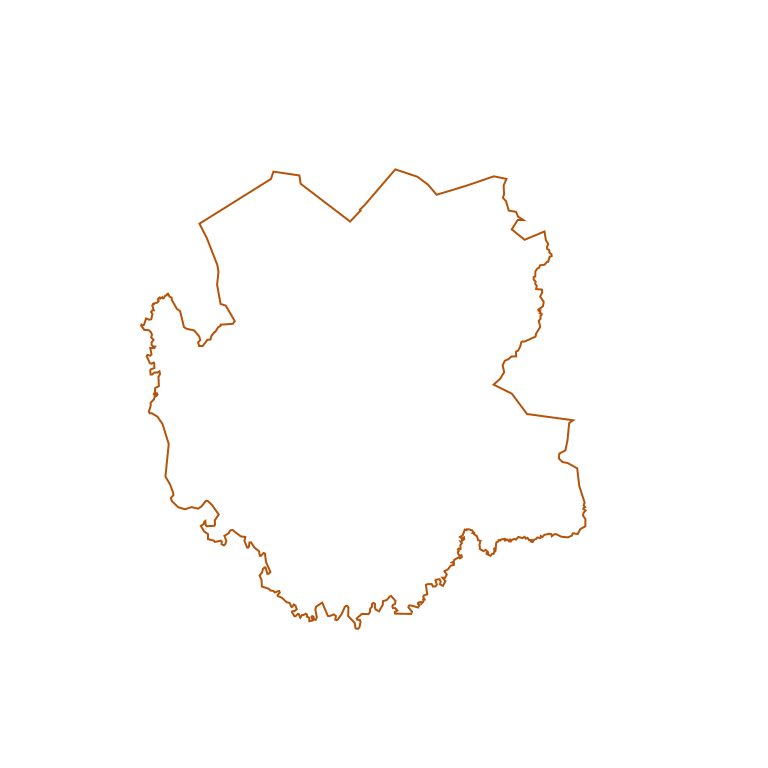 Ķepovas pag., Dagdas, Latvia (Mercator projection), rotated 43°
{"feature_id": "27541924B57766741495860", "entity_name": "Ķepovas pag.", "entity_type": "district", "adm_level": 2, "iso_a3": "LVA", "parent_name": "Latvia", "parent_adm1": "Dagdas", "projection": "mercator", "projection_center": [27.779, 56.018], "detail": "fine", "context": "isolated", "style": "outline", "palette": "amber", "viewbox_px": 768, "rotation_deg": 43, "n_neighbors": 0, "source": "geoboundaries", "source_scale": "gbopen_adm2", "svg_char_len": 6165}
<svg xmlns="http://www.w3.org/2000/svg" viewBox="0 0 768 768"><g transform="rotate(43 384 384)"><path d="M164.5,490.2L166.9,490.7L169.6,495.3L168.5,497.1L165.3,498.3L168.1,504.4L167.7,505.6L166.1,505.9L166.4,506.8L171.6,507.9L175.4,505.0L178.3,505.1L180.7,506.2L182.0,508.8L185.2,508.8L185.7,512.1L187.3,513.9L189.4,514.1L191.1,512.7L191.5,514.2L188.5,517.1L193.8,520.9L193.7,522.9L191.2,523.9L191.5,525.5L198.6,528.5L200.2,527.6L200.9,525.4L201.9,525.7L205.2,528.9L203.5,532.3L203.7,533.5L206.8,536.2L207.9,535.4L208.3,532.2L210.5,530.1L211.2,527.9L213.4,529.5L214.2,532.6L220.8,539.1L219.4,543.0L221.9,546.0L222.7,548.5L224.0,548.2L224.1,545.6L225.5,546.1L225.7,547.7L224.9,549.7L226.2,552.1L226.1,557.0L228.0,558.7L230.9,564.6L232.6,565.2L234.1,563.8L240.4,562.4L249.3,564.3L267.5,574.7L287.3,600.8L295.9,603.3L303.7,607.2L305.7,608.8L305.9,612.8L308.7,614.3L317.5,614.5L323.9,611.3L327.2,605.3L333.0,602.0L334.0,598.1L333.5,590.7L334.9,589.8L340.8,589.8L352.2,592.2L353.2,599.1L356.3,602.0L356.6,603.4L351.2,609.1L349.4,608.5L346.8,606.0L346.6,607.3L347.6,609.6L346.8,612.7L353.1,614.5L357.6,613.8L361.1,617.5L366.1,614.7L368.1,614.8L371.5,609.9L372.7,609.8L374.4,611.9L376.9,611.3L377.2,609.7L375.9,606.4L370.8,603.9L372.2,599.2L371.4,596.0L372.7,594.1L383.2,593.1L386.9,590.5L388.9,593.9L395.4,597.0L396.2,596.5L396.1,595.0L393.7,591.7L394.7,590.5L400.7,592.0L406.6,591.5L410.3,594.3L411.2,593.6L411.2,589.7L412.6,589.2L419.0,594.6L429.2,599.0L428.9,601.8L428.1,602.4L422.6,599.0L421.8,599.4L421.6,601.9L423.3,604.8L423.6,608.9L428.0,610.8L432.8,615.4L439.5,612.3L441.6,612.6L444.2,610.8L446.2,611.0L448.4,606.9L450.0,607.5L450.1,610.9L450.8,611.5L455.4,609.9L461.6,610.0L464.2,608.5L468.5,610.2L468.9,609.2L468.4,606.8L470.2,606.4L473.8,608.1L473.4,611.2L472.0,612.6L472.1,613.6L476.9,614.9L477.7,614.1L477.7,611.2L478.3,610.3L482.2,612.0L481.6,608.7L482.7,607.8L483.4,605.4L484.9,605.2L486.3,606.8L488.5,606.0L491.2,608.4L493.1,605.5L489.8,603.8L489.8,602.7L491.3,602.3L493.3,604.0L494.9,603.0L494.0,600.4L487.7,595.9L486.2,593.0L487.9,586.0L501.1,591.9L502.3,591.2L504.4,586.8L507.1,586.5L509.1,589.6L510.4,589.1L510.8,587.8L509.9,580.9L507.3,573.7L507.6,572.1L508.6,571.3L510.4,571.7L516.1,578.2L525.5,578.7L529.8,582.1L531.9,581.0L531.9,578.5L529.1,574.0L527.3,573.0L525.3,574.6L523.9,574.1L524.6,567.3L529.6,562.9L529.2,560.2L527.1,557.8L527.2,555.2L525.3,553.0L525.5,551.4L527.2,550.9L529.9,553.8L531.9,554.6L535.4,553.7L533.7,546.3L531.3,543.5L533.3,540.3L533.2,535.5L533.7,534.2L540.4,534.8L542.0,537.3L541.2,539.8L541.8,541.0L543.4,541.8L545.0,540.3L548.2,540.5L547.6,543.5L548.7,544.4L560.6,533.7L559.9,531.5L554.2,530.7L553.5,529.7L553.5,528.7L555.4,527.2L561.4,524.2L560.7,521.3L558.7,521.7L558.1,520.5L559.4,518.6L560.8,518.9L560.3,518.0L561.3,517.6L561.0,515.8L559.8,515.0L560.7,513.9L558.0,513.1L557.3,511.6L559.1,508.3L551.7,502.4L552.3,500.7L555.3,497.8L557.9,498.7L559.8,496.8L559.5,494.7L555.5,492.5L555.6,491.5L557.8,488.9L560.1,489.7L561.5,492.3L564.8,491.5L563.3,486.2L558.9,485.8L560.8,484.0L559.9,480.6L555.9,479.7L557.2,475.6L556.6,471.5L558.5,468.7L557.4,467.4L555.5,468.2L556.1,466.2L555.3,464.6L556.8,459.8L558.5,459.7L558.9,457.4L557.4,456.4L556.5,457.9L554.6,457.8L552.7,456.6L552.6,455.1L551.0,454.7L550.8,453.6L552.5,452.5L549.7,449.6L549.6,447.5L547.6,447.0L548.5,446.5L547.4,445.0L548.4,443.9L548.4,442.6L547.1,441.6L546.4,443.8L543.9,444.1L544.8,441.1L542.4,435.4L544.0,434.7L543.6,433.9L544.9,432.6L548.4,430.9L550.3,431.5L550.4,432.4L551.5,431.3L552.4,432.4L555.8,431.9L559.4,434.1L561.5,432.9L563.5,436.5L566.8,439.3L570.8,438.3L571.5,436.0L575.0,436.1L575.4,436.6L574.3,437.6L574.9,438.3L579.1,437.0L578.8,434.5L580.0,433.4L579.2,432.0L579.5,430.4L578.7,429.2L578.2,430.5L576.8,429.3L577.5,427.7L574.2,423.3L574.9,421.3L574.3,420.1L575.8,419.1L575.4,418.4L577.9,414.8L579.0,414.5L578.5,415.8L579.3,416.0L580.7,413.5L582.7,413.8L582.4,411.9L584.1,412.4L583.9,410.6L584.9,408.4L586.6,407.9L586.6,404.2L590.3,402.4L591.0,399.9L593.1,400.4L593.9,398.6L596.5,399.3L598.3,397.5L598.9,399.0L600.5,398.2L600.0,395.4L601.1,393.2L600.8,391.8L603.4,389.9L602.4,388.3L604.2,388.0L604.1,385.1L607.2,380.5L608.8,379.7L610.5,380.9L611.0,378.0L612.1,376.5L617.8,374.8L623.0,370.8L624.8,366.8L623.9,364.4L628.0,361.5L626.5,356.2L628.3,350.8L623.5,345.5L619.3,344.5L617.8,342.2L617.7,339.0L615.0,339.5L614.5,338.2L615.0,336.9L612.7,336.5L611.6,333.9L596.5,325.5L582.8,313.9L572.1,316.6L567.8,319.3L562.8,319.3L559.7,315.3L561.9,308.9L556.8,300.3L546.1,286.3L547.0,281.6L509.1,308.4L484.1,303.9L464.6,309.7L465.4,300.9L463.8,293.4L458.0,289.4L456.5,284.6L458.0,281.1L458.5,276.9L461.8,273.7L458.5,270.4L459.3,268.0L458.0,263.6L455.9,259.8L456.3,258.3L457.9,257.0L462.5,246.1L460.8,243.2L459.3,235.7L454.1,232.2L454.0,229.4L452.0,227.6L452.1,225.9L451.4,225.0L449.5,226.0L448.2,223.6L447.1,225.0L446.1,224.5L447.2,218.7L444.8,215.0L438.5,213.5L437.3,209.2L435.2,207.2L430.5,210.8L428.7,208.0L426.2,207.6L425.1,205.7L422.3,205.6L420.5,203.7L421.3,202.2L417.9,198.4L417.4,195.1L418.2,193.1L417.1,191.0L420.1,187.1L419.9,183.6L420.7,182.7L418.4,177.9L419.4,176.1L418.0,174.9L415.3,175.1L413.6,173.4L411.1,173.9L409.6,172.3L408.8,169.7L404.3,168.4L397.3,163.0L388.5,182.6L372.0,183.8L369.9,172.9L374.1,169.1L367.9,170.2L363.2,168.0L357.0,172.1L348.6,167.1L343.9,166.7L342.5,163.5L336.1,157.2L333.7,150.5L322.7,157.2L308.4,183.9L293.4,209.7L280.4,208.2L267.2,209.6L245.9,219.3L247.8,266.1L247.5,273.0L248.6,273.1L248.4,288.3L186.5,294.4L179.9,289.2L158.3,304.1L161.5,311.1L139.7,392.6L155.1,398.2L180.9,410.6L186.5,414.9L194.2,425.2L209.9,436.9L214.8,434.6L232.0,439.8L232.4,443.1L224.1,452.0L224.8,452.8L224.0,455.8L225.1,460.8L224.6,461.4L225.0,466.6L226.8,469.8L224.7,472.1L225.5,479.8L222.9,482.3L219.7,480.4L219.7,477.2L216.3,475.2L208.7,474.3L201.8,478.3L198.9,478.8L185.2,469.8L181.1,470.3L171.2,467.1L169.9,465.7L167.4,466.4L164.7,465.2L164.1,465.9L164.6,467.5L163.7,468.5L164.4,471.1L163.9,472.1L162.7,471.7L162.4,473.1L161.2,473.5L161.8,474.4L160.7,474.9L160.9,476.4L162.6,477.0L162.7,479.0L160.6,482.5L161.2,482.8L160.7,483.7L161.1,484.7L165.4,487.1L164.3,488.2L164.5,490.2Z" fill="none" stroke="#b45309" stroke-width="2"/></g></svg>